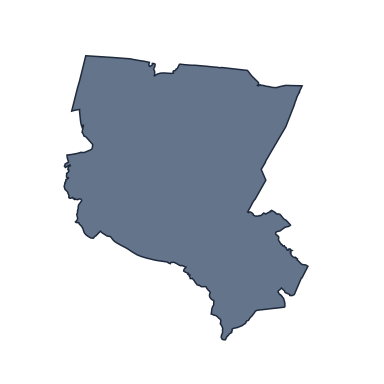 Razboieni, Neamt, Romania (orthographic projection), rotated 261°
{"feature_id": "2599482B74190320354557", "entity_name": "Razboieni", "entity_type": "district", "adm_level": 2, "iso_a3": "ROU", "parent_name": "Romania", "parent_adm1": "Neamt", "projection": "orthographic", "projection_center": [26.546, 47.074], "detail": "fine", "context": "isolated", "style": "filled", "palette": "slate", "viewbox_px": 384, "rotation_deg": 261, "n_neighbors": 0, "source": "geoboundaries", "source_scale": "gbopen_adm2", "svg_char_len": 5861}
<svg xmlns="http://www.w3.org/2000/svg" viewBox="0 0 384 384"><g transform="rotate(261 192 192)"><path d="M303.4,265.8L310.2,241.3L310.4,240.5L310.2,240.2L310.8,237.5L311.3,236.3L312.1,232.7L313.9,226.2L316.9,214.0L317.1,212.2L318.8,205.0L320.2,200.0L319.9,199.4L316.5,197.0L316.1,196.5L315.9,195.5L314.9,195.0L314.5,193.9L314.6,193.0L314.3,192.5L313.8,192.1L312.9,192.1L312.5,192.3L312.3,191.6L312.3,190.4L314.0,182.7L314.3,180.0L314.3,178.8L314.0,177.6L314.0,176.7L313.8,175.9L312.9,174.2L312.6,173.1L312.8,172.9L313.5,173.4L314.1,173.6L317.2,174.0L318.2,173.6L319.1,173.4L320.2,173.8L322.0,175.1L323.0,175.2L324.0,175.6L324.7,174.8L325.2,173.2L325.2,172.9L323.7,172.7L322.7,170.3L322.8,169.6L324.7,169.3L325.2,169.7L325.9,169.7L326.7,170.2L327.4,168.5L328.9,164.4L329.6,162.0L332.3,154.1L333.1,152.3L337.3,134.6L343.2,108.4L319.5,98.4L312.5,95.1L290.7,85.8L291.1,89.6L291.1,93.9L288.7,93.5L279.0,93.0L275.7,93.1L273.6,93.5L275.0,94.0L274.9,95.2L268.9,93.1L268.2,92.7L267.3,93.3L266.3,93.6L264.1,94.1L263.8,94.4L263.7,95.1L263.4,95.6L254.4,101.4L250.6,100.2L249.6,98.9L248.9,95.9L248.2,93.4L247.9,91.6L248.3,89.1L248.6,88.6L248.2,86.2L248.0,83.5L247.9,78.1L248.1,74.3L245.3,74.1L240.9,74.8L239.5,71.1L237.8,70.4L237.5,70.0L236.9,70.2L236.0,71.0L236.4,71.7L237.9,75.6L237.7,75.9L236.9,75.9L236.7,75.0L236.1,74.0L235.0,73.3L234.0,73.3L233.9,73.0L233.6,72.9L233.2,73.1L233.1,73.6L231.6,73.6L231.1,73.1L229.9,71.0L228.5,70.9L228.0,70.6L226.2,70.4L225.5,71.2L225.6,72.0L225.0,72.1L224.9,71.6L224.4,71.1L224.1,69.6L223.5,69.2L222.2,69.1L221.5,68.2L221.3,68.0L220.8,67.9L220.4,68.1L220.1,67.7L219.2,67.3L217.4,66.6L216.8,66.6L216.5,66.8L214.7,66.9L214.1,67.2L212.0,68.9L207.8,69.9L205.8,69.5L205.1,69.9L205.1,70.5L204.8,71.0L205.2,73.2L203.8,73.8L204.0,74.8L203.0,74.9L203.1,76.1L202.7,76.4L202.7,77.4L202.3,77.8L202.8,79.9L202.4,81.1L201.6,81.6L200.7,81.7L199.0,79.9L198.3,79.5L197.6,78.5L196.9,77.9L194.5,77.1L193.7,77.1L191.7,76.1L189.0,75.5L187.9,74.6L183.8,75.0L182.1,74.0L181.6,73.5L180.7,72.2L180.0,72.8L179.5,74.5L179.5,75.0L179.3,75.5L178.2,75.6L175.1,77.7L172.7,78.6L172.0,78.6L169.1,79.1L168.1,79.5L166.3,80.6L164.6,82.2L162.4,84.9L161.8,87.4L162.9,88.5L163.6,89.7L163.7,90.2L167.6,95.4L165.8,96.8L162.0,101.0L161.6,101.8L160.7,104.5L156.7,106.7L155.0,108.1L153.7,109.5L150.7,113.2L147.8,117.2L145.9,119.6L141.9,123.9L138.9,127.5L138.2,128.5L136.3,131.7L134.6,135.2L133.4,137.8L132.2,140.9L131.3,142.8L129.7,147.1L126.9,156.1L126.7,156.5L125.5,157.8L124.6,159.3L125.7,160.1L125.4,163.2L123.4,166.0L121.5,168.2L121.1,169.0L120.9,169.9L121.1,170.4L118.7,174.3L117.1,172.3L116.2,171.7L115.2,171.4L114.6,172.0L113.2,173.9L112.3,175.5L112.0,175.8L111.5,175.8L111.5,175.2L111.3,175.0L110.4,176.0L110.2,176.5L110.2,176.9L109.1,176.2L107.7,176.8L106.8,176.7L106.5,177.9L106.6,178.8L104.1,180.3L102.9,180.9L102.2,181.0L101.2,181.7L99.7,182.4L98.8,183.8L98.7,184.6L97.1,186.3L96.8,187.6L96.5,190.3L96.3,190.9L94.5,191.6L92.7,192.6L91.1,193.8L90.2,194.3L89.5,194.2L88.8,193.6L87.3,193.1L86.5,193.0L85.0,193.3L83.0,194.4L81.2,196.6L78.2,195.9L77.1,195.8L75.4,194.3L73.1,193.2L69.8,192.3L68.5,191.8L68.3,192.1L68.0,193.2L67.3,193.7L66.9,194.5L66.3,196.2L64.6,197.8L63.6,198.4L62.4,199.4L62.0,200.1L60.2,200.3L57.4,199.4L56.8,199.5L56.7,199.9L53.3,200.9L52.4,201.0L51.3,200.6L48.3,200.2L45.5,198.5L44.0,198.1L41.7,198.8L41.2,199.8L40.8,201.9L43.8,203.9L44.7,205.5L46.0,206.6L46.5,208.0L46.9,208.8L47.0,209.2L47.9,209.0L48.2,209.6L48.8,210.0L50.1,210.0L50.6,210.9L50.9,212.6L51.0,215.5L52.2,220.8L53.2,222.4L53.5,223.6L54.3,224.7L55.9,225.5L56.4,227.7L59.1,230.1L59.9,231.5L63.1,234.9L64.3,235.8L65.0,237.8L63.8,265.2L64.2,265.7L64.9,266.0L66.5,266.1L67.2,266.3L67.6,266.1L68.2,266.3L70.0,266.2L71.0,265.9L72.5,265.9L74.0,264.9L74.6,264.8L74.8,264.4L75.3,264.3L75.9,263.8L76.6,263.6L76.9,263.2L76.7,262.9L77.9,262.1L79.4,261.7L79.7,261.3L81.0,261.9L82.2,264.2L83.2,265.3L80.0,267.8L78.9,268.0L78.0,268.4L75.5,272.4L74.5,272.4L74.0,274.6L74.7,277.0L89.7,286.4L90.0,287.2L100.5,294.9L101.9,293.3L102.3,292.4L102.9,290.3L103.6,288.9L107.5,286.1L108.4,285.2L109.4,285.7L110.0,285.0L110.8,284.4L110.6,284.3L110.8,283.6L111.3,283.7L111.3,283.1L111.8,282.0L112.5,281.2L113.9,280.3L114.6,280.1L116.2,280.0L116.3,280.2L116.9,280.2L117.1,280.1L117.0,279.7L118.1,280.0L118.3,281.2L118.6,281.7L118.9,280.9L119.5,280.4L120.2,280.2L120.2,279.7L120.6,279.2L120.6,278.8L120.4,278.5L119.9,278.7L119.6,278.3L119.7,277.0L120.3,277.0L121.6,276.2L122.3,276.3L123.4,275.0L124.5,274.8L124.4,273.5L125.0,272.9L125.9,272.8L126.9,271.5L127.3,271.6L128.1,271.0L129.0,270.8L130.1,270.2L131.4,269.9L132.4,270.3L134.2,270.6L134.5,270.5L135.9,269.2L136.3,269.1L136.6,268.5L136.9,268.3L137.7,268.1L138.5,268.2L139.2,268.8L139.6,269.8L139.8,273.0L140.3,273.8L142.3,277.7L142.8,279.6L142.8,281.8L143.3,283.2L143.9,284.1L145.4,283.2L146.3,282.6L148.3,281.3L148.7,280.9L149.2,280.7L150.8,278.7L151.7,278.0L155.3,276.0L155.9,275.4L156.1,275.4L156.9,273.9L156.8,273.5L157.0,273.1L157.1,271.9L158.5,271.3L161.2,268.1L161.4,267.6L160.4,266.7L160.8,266.3L160.0,265.5L159.8,264.1L159.5,263.9L159.5,263.3L158.9,261.9L158.8,261.1L159.4,260.7L159.5,259.9L160.0,259.6L160.0,259.4L157.9,256.5L158.1,255.5L158.2,254.6L157.8,253.8L158.2,251.3L158.4,250.6L159.6,249.0L160.6,249.0L161.9,248.0L163.0,246.8L163.2,246.2L163.3,245.5L162.8,244.8L163.6,243.8L166.8,246.4L172.7,250.8L174.5,252.5L174.7,253.0L192.1,266.8L203.5,263.9L209.6,269.0L209.9,269.2L210.2,269.2L212.0,270.4L214.2,272.3L216.4,274.0L241.7,294.8L261.7,306.5L264.4,307.8L268.6,310.2L269.0,310.1L273.8,313.8L274.0,313.5L279.6,317.4L279.8,316.7L281.8,305.6L282.3,303.4L282.7,300.6L282.6,300.3L282.4,295.5L281.9,292.0L282.2,289.9L283.0,287.0L284.3,283.9L284.6,282.5L286.2,278.8L286.6,276.9L287.2,276.4L287.2,275.9L286.5,274.0L287.0,273.3L288.1,274.6L289.0,274.8L289.8,274.7L297.2,269.2L303.4,265.8Z" fill="#64748b" stroke="#1e293b" stroke-width="1.5"/></g></svg>